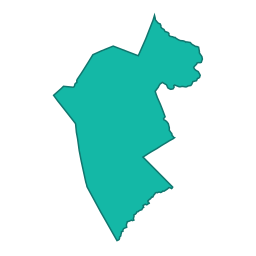 Jenipapo dos Vieiras, Maranhão, Brazil (orthographic projection)
{"feature_id": "56859067B54788790955635", "entity_name": "Jenipapo dos Vieiras", "entity_type": "district", "adm_level": 2, "iso_a3": "BRA", "parent_name": "Brazil", "parent_adm1": "Maranhão", "projection": "orthographic", "projection_center": [-45.494, -5.415], "detail": "fine", "context": "isolated", "style": "filled", "palette": "teal", "viewbox_px": 256, "rotation_deg": 0, "n_neighbors": 0, "source": "geoboundaries", "source_scale": "gbopen_adm2", "svg_char_len": 2899}
<svg xmlns="http://www.w3.org/2000/svg" viewBox="0 0 256 256"><path d="M201.3,62.3L201.8,60.8L202.4,59.1L201.9,56.6L200.2,54.1L199.4,52.9L199.4,51.4L199.0,49.4L198.8,48.4L198.6,47.2L196.9,46.5L195.7,46.5L193.5,45.2L192.1,44.4L191.4,43.8L190.3,42.5L186.6,41.9L185.6,42.1L184.9,41.4L184.0,41.1L183.0,40.8L181.9,40.7L180.4,40.6L179.2,40.1L177.9,39.5L177.0,38.9L175.8,38.1L174.9,37.3L174.0,37.6L172.9,36.8L171.5,36.6L169.9,36.2L168.9,35.2L168.9,33.4L168.0,32.5L166.6,32.0L165.0,31.5L164.6,30.7L164.0,29.5L163.0,28.9L162.1,28.4L160.9,27.1L160.9,25.6L160.2,23.9L158.5,23.3L157.5,22.4L155.3,19.7L155.2,18.2L154.7,16.2L154.5,15.4L152.9,20.7L152.0,22.9L145.8,38.8L138.3,55.7L136.8,55.2L113.2,46.1L101.3,50.9L94.0,54.2L92.9,54.7L88.5,61.9L82.8,71.0L81.1,73.6L77.4,79.1L76.8,80.3L76.8,82.6L75.6,83.2L75.0,84.0L74.4,86.2L73.7,87.1L72.8,87.2L63.5,86.3L61.4,88.4L53.6,95.3L57.7,100.9L59.7,103.4L73.6,121.1L75.2,123.2L75.6,124.0L76.4,132.3L77.6,138.8L78.0,141.7L79.2,150.5L81.1,160.4L85.8,182.1L86.6,184.7L87.0,186.7L101.0,212.5L104.4,218.4L117.0,240.6L118.0,240.2L119.1,239.5L119.5,238.5L119.6,237.0L120.7,236.0L120.9,235.1L121.0,234.2L121.4,232.9L121.5,231.6L122.9,231.3L122.9,230.1L123.5,228.8L124.6,228.1L125.6,227.7L126.7,227.3L126.5,225.8L126.4,224.8L126.6,223.9L127.0,222.9L127.3,221.7L128.6,221.4L130.0,220.8L131.4,220.2L132.5,220.6L133.9,220.1L133.4,218.7L133.6,217.7L134.0,216.5L133.9,214.9L135.4,214.1L136.2,213.3L136.8,212.0L138.0,211.7L139.0,210.8L140.0,210.3L141.8,209.7L142.6,208.0L143.7,207.4L143.3,206.4L143.1,205.4L144.1,204.9L145.2,204.2L146.4,204.8L147.4,204.5L148.1,203.8L149.2,203.3L148.7,202.2L147.8,201.8L148.0,200.6L148.8,200.1L149.5,199.2L150.3,199.0L151.1,198.0L151.5,197.1L152.7,197.1L153.3,196.1L153.8,195.0L154.7,194.1L155.4,192.9L156.3,192.5L157.2,192.8L158.4,192.2L159.5,192.1L160.7,192.5L161.8,192.0L162.7,191.1L164.0,191.2L165.6,190.2L167.0,189.3L168.0,188.5L168.8,187.6L170.4,187.9L171.6,188.6L172.3,187.9L172.7,187.1L152.0,166.2L150.0,164.2L143.0,157.1L147.8,153.9L151.9,151.4L156.8,148.6L161.4,145.6L169.5,140.7L173.2,138.7L174.5,137.7L173.6,137.3L173.0,136.3L172.1,135.6L172.0,134.5L171.7,133.4L170.8,132.5L170.3,131.6L169.3,130.3L169.3,128.4L169.3,127.4L168.9,126.2L168.6,124.9L168.3,123.7L167.5,122.6L166.6,121.5L165.3,120.5L163.9,119.8L163.6,118.7L164.4,117.6L165.1,116.8L162.4,109.5L160.3,104.2L157.4,97.7L155.7,93.0L155.2,91.2L155.8,90.5L158.2,87.3L159.2,85.3L160.2,83.9L162.4,82.4L165.4,84.2L166.4,84.7L167.0,85.8L167.3,86.7L168.0,88.0L169.8,89.0L170.8,89.3L173.0,88.9L174.1,87.2L173.8,85.5L174.7,85.0L179.2,86.8L180.3,86.8L182.0,86.4L183.8,86.6L185.4,86.9L186.6,86.8L188.3,85.9L190.8,85.5L191.7,84.4L192.9,81.6L194.8,81.1L196.5,80.7L197.1,79.3L197.5,78.4L198.5,78.2L199.5,77.5L200.2,75.3L199.8,74.4L198.2,71.6L195.7,70.2L194.3,68.8L193.7,67.3L195.2,65.5L196.5,64.3L197.1,63.0L198.6,62.6L200.1,62.7L201.3,62.3Z" fill="#14b8a6" stroke="#0f766e" stroke-width="1.5"/></svg>